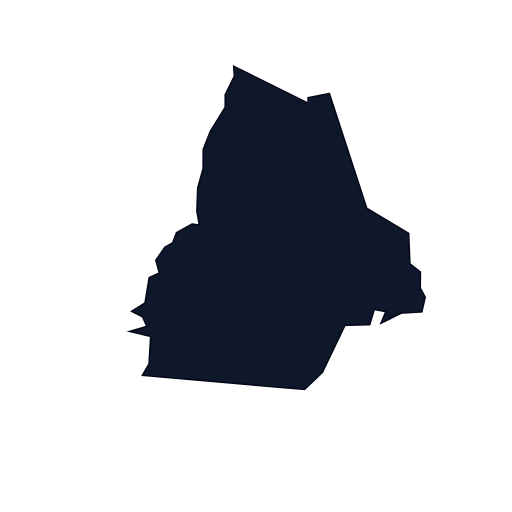 the district of Greene, Georgia, United States of America, rotated 47°
{"feature_id": "52423323B20574885687600", "entity_name": "Greene", "entity_type": "district", "adm_level": 2, "iso_a3": "USA", "parent_name": "United States of America", "parent_adm1": "Georgia", "projection": "robinson", "projection_center": [-83.176, 33.558], "detail": "fine", "context": "isolated", "style": "filled", "palette": "ink", "viewbox_px": 512, "rotation_deg": 47, "n_neighbors": 0, "source": "geoboundaries", "source_scale": "gbopen_adm2", "svg_char_len": 709}
<svg xmlns="http://www.w3.org/2000/svg" viewBox="0 0 512 512"><g transform="rotate(47 256 256)"><path d="M379.9,146.7L366.6,148.7L343.6,128.9L296.6,142.4L187.2,91.5L175.7,109.9L179.7,113.7L102.0,142.9L109.7,149.2L117.0,168.5L126.2,177.1L133.6,204.3L142.1,222.0L156.0,235.1L166.5,252.3L182.9,268.7L194.7,276.4L189.0,280.9L184.7,298.2L189.5,307.9L187.4,316.6L190.8,332.2L202.5,338.3L198.9,348.8L214.6,369.2L211.6,384.7L223.2,380.5L233.0,383.8L224.9,399.9L243.0,387.9L261.9,407.8L265.8,420.5L368.3,328.2L386.7,311.4L386.4,286.8L367.4,238.2L383.8,219.7L375.8,206.0L385.2,199.0L390.4,210.5L396.9,188.6L410.0,172.8L401.5,160.3L391.6,157.8L379.9,146.7Z" fill="#0f172a" stroke="#020617" stroke-width="1.5"/></g></svg>